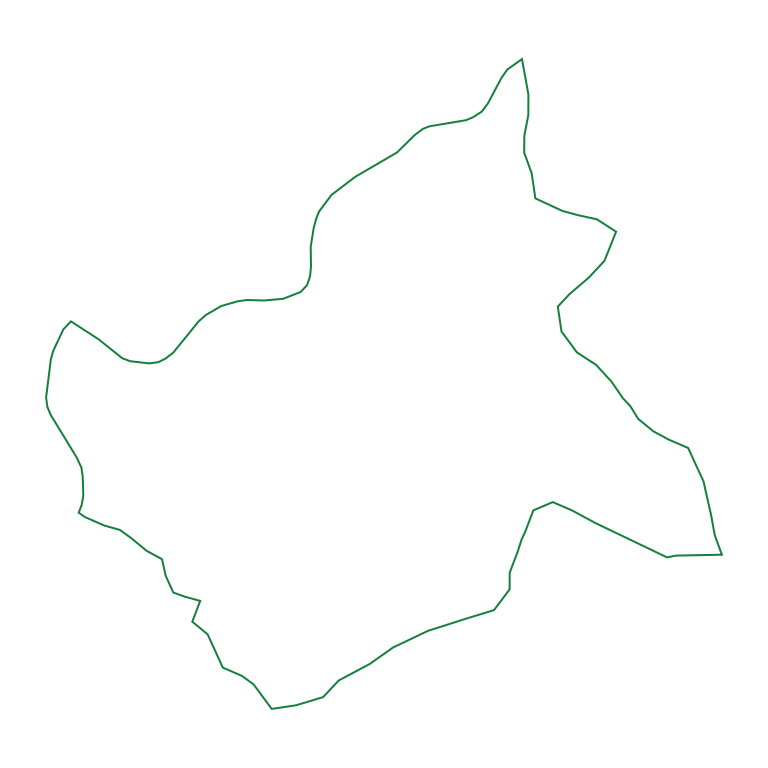 outline of Nyongwon, P'yŏngan-namdo, North Korea
{"feature_id": "82179303B95281313978448", "entity_name": "Nyongwon", "entity_type": "district", "adm_level": 2, "iso_a3": "PRK", "parent_name": "North Korea", "parent_adm1": "P'yŏngan-namdo", "projection": "albers", "projection_center": [126.614, 39.977], "detail": "fine", "context": "isolated", "style": "outline", "palette": "green", "viewbox_px": 768, "rotation_deg": 0, "n_neighbors": 0, "source": "geoboundaries", "source_scale": "gbopen_adm2", "svg_char_len": 1534}
<svg xmlns="http://www.w3.org/2000/svg" viewBox="0 0 768 768"><path d="M70.9,321.4L63.4,329.3L53.1,351.1L50.8,359.7L46.1,397.5L47.4,407.0L49.3,411.6L50.6,414.7L76.8,457.7L81.4,467.6L82.7,476.2L83.3,495.9L81.7,504.9L78.7,512.7L85.2,517.2L104.4,525.6L119.8,529.9L131.3,538.2L146.6,550.8L162.0,559.2L165.7,575.8L173.3,592.5L184.8,596.7L200.2,600.9L192.3,621.7L207.6,634.3L215.2,650.9L222.8,667.6L242.1,676.0L253.6,684.4L271.7,708.9L296.0,705.3L323.1,697.1L338.7,680.5L369.8,663.9L393.2,647.4L428.1,630.8L466.9,618.4L494.0,610.1L509.6,589.4L509.7,572.7L517.6,551.9L521.6,539.5L525.5,531.1L533.3,510.4L552.7,502.1L572.0,510.4L595.1,522.9L629.7,539.5L667.1,557.4L676.0,555.6L721.9,554.7L717.9,543.8L714.8,535.4L711.0,514.6L707.2,497.9L703.5,481.3L695.8,464.7L688.2,448.0L668.9,439.7L653.5,431.4L638.2,418.9L630.5,406.4L622.8,398.1L611.4,381.5L596.0,364.8L576.8,352.3L561.5,331.5L557.8,306.6L569.5,294.1L588.9,277.5L604.4,260.9L616.1,231.7L596.9,219.3L577.7,215.1L562.3,210.9L535.4,198.4L531.7,173.4L524.2,152.6L524.3,136.0L528.3,115.2L528.4,94.4L522.0,59.1L507.3,69.5L501.4,78.0L487.7,103.8L481.8,111.6L473.3,117.1L466.0,120.2L429.9,126.2L423.0,128.8L414.5,135.2L397.1,152.4L355.1,176.9L331.5,194.9L319.0,211.6L316.0,219.4L313.7,227.9L310.7,246.9L311.0,266.6L310.0,276.5L307.1,285.1L300.8,291.9L283.1,298.8L264.0,300.5L246.9,300.0L237.7,301.3L221.3,306.0L205.8,315.0L205.3,315.5L198.6,321.4L173.2,352.7L165.3,358.7L158.3,362.2L149.1,363.4L130.1,361.2L122.2,358.2L98.6,339.3L70.9,321.4Z" fill="none" stroke="#15803d" stroke-width="2"/></svg>